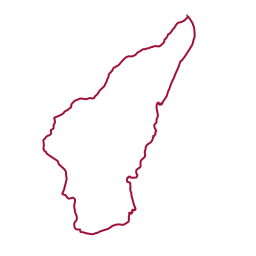 outline of Nga, Oudômxai, Laos, rotated 167°
{"feature_id": "54806243B37529885966132", "entity_name": "Nga", "entity_type": "district", "adm_level": 2, "iso_a3": "LAO", "parent_name": "Laos", "parent_adm1": "Oudômxai", "projection": "albers", "projection_center": [101.853, 20.179], "detail": "fine", "context": "isolated", "style": "outline", "palette": "rose", "viewbox_px": 256, "rotation_deg": 167, "n_neighbors": 0, "source": "geoboundaries", "source_scale": "gbopen_adm2", "svg_char_len": 5755}
<svg xmlns="http://www.w3.org/2000/svg" viewBox="0 0 256 256"><g transform="rotate(167 128 128)"><path d="M89.8,143.6L87.1,146.7L85.5,148.1L83.4,150.1L82.8,150.9L81.9,152.5L80.6,154.7L80.1,155.5L79.4,156.2L78.3,157.7L77.5,159.2L76.2,161.1L74.6,163.4L73.3,164.9L72.8,165.6L71.5,167.2L70.5,168.8L69.3,170.5L65.7,175.2L64.9,176.3L63.3,179.0L62.0,181.1L60.7,181.4L58.4,183.4L57.5,184.0L55.6,185.8L55.0,186.4L54.2,187.1L53.1,188.3L51.9,189.3L50.0,191.2L48.3,193.0L47.1,194.1L46.4,195.1L45.6,196.5L44.3,199.1L42.8,201.3L42.4,202.6L41.8,205.0L41.0,211.1L41.1,212.3L41.4,213.5L41.5,215.4L43.1,220.3L44.4,222.9L44.9,223.5L45.0,222.8L45.2,222.4L45.4,222.2L46.6,221.5L47.3,221.0L47.6,220.8L48.0,220.5L48.8,220.2L50.2,219.7L51.6,219.4L53.8,219.2L55.2,219.3L55.7,219.2L56.6,218.7L57.5,218.0L58.6,217.0L59.5,216.0L60.9,214.7L61.6,214.2L62.1,214.0L63.0,213.4L63.5,212.6L63.9,212.4L65.0,211.3L65.4,211.1L65.8,211.0L66.4,210.5L68.0,210.1L68.4,209.4L69.3,208.2L69.7,207.8L70.3,207.2L70.9,206.9L71.3,206.4L72.2,206.2L72.7,205.5L73.2,204.2L74.4,202.8L74.8,202.5L75.7,202.2L77.4,201.1L78.5,200.7L79.3,200.5L79.6,200.6L80.3,200.9L81.1,201.0L82.0,201.4L83.7,201.8L85.1,201.7L86.2,201.4L86.8,201.6L87.8,201.5L88.9,201.2L89.8,201.2L91.4,201.1L92.0,201.2L92.9,201.0L94.4,201.1L94.7,201.2L95.4,201.3L96.1,201.2L97.0,200.9L98.6,200.2L99.0,200.1L99.6,200.0L101.7,199.3L102.4,199.0L103.1,198.5L104.0,197.7L104.7,197.4L105.2,197.3L106.0,197.1L108.3,196.9L108.5,196.9L110.9,197.7L111.3,197.7L111.6,197.7L112.2,197.6L112.7,197.6L113.4,197.5L114.2,197.2L116.6,195.9L117.5,195.3L117.7,195.1L118.8,194.4L119.7,193.8L120.0,193.5L120.9,192.9L122.0,192.0L122.7,191.6L123.2,191.3L124.7,190.8L125.3,190.7L127.4,190.1L128.4,189.7L129.0,189.3L130.0,188.2L130.3,187.5L130.5,187.4L131.0,187.1L131.4,186.8L131.7,186.7L131.9,186.4L132.5,186.0L133.4,185.6L134.0,185.1L134.3,184.8L134.7,184.3L134.9,183.7L135.3,182.8L135.4,182.6L135.9,181.6L137.1,180.3L137.7,179.3L138.3,178.2L138.5,177.9L140.5,175.6L140.9,175.0L141.4,174.4L142.0,173.9L146.6,171.2L147.2,170.8L150.1,168.0L150.9,167.4L153.0,166.3L153.8,165.5L153.9,165.1L154.2,164.9L155.7,164.7L156.3,164.8L157.2,165.2L157.5,165.5L158.5,165.8L159.2,165.8L161.1,165.5L161.8,165.5L162.4,165.5L164.4,166.2L165.8,166.8L167.5,167.4L168.3,167.4L168.9,167.4L169.9,167.1L173.5,166.6L174.1,166.4L175.0,165.7L176.1,165.1L177.7,163.8L178.2,162.8L178.6,161.4L178.9,161.0L179.3,160.7L180.3,160.4L181.2,160.0L182.5,159.3L183.4,159.0L185.2,158.5L186.1,158.2L186.5,157.9L187.2,157.2L188.2,156.6L189.0,156.3L190.6,155.8L192.4,155.4L197.5,154.6L197.6,154.4L197.6,152.8L197.7,150.9L198.0,149.8L198.5,149.0L199.7,147.7L200.1,146.7L200.4,145.2L200.6,144.6L200.9,144.2L201.9,143.8L203.7,143.2L203.9,142.8L203.9,140.7L204.1,140.1L204.6,139.4L205.4,138.9L206.3,138.6L207.8,138.5L208.3,138.3L209.2,138.0L210.2,137.4L211.1,136.5L211.9,136.1L212.9,135.5L213.2,135.1L213.4,134.4L213.4,133.0L213.6,132.4L213.7,131.5L213.7,130.8L214.1,129.5L215.0,127.2L215.0,126.3L214.7,124.9L214.3,124.0L213.3,123.1L213.1,122.5L213.0,121.6L212.9,121.3L210.1,118.1L204.3,112.1L204.0,111.6L203.8,111.0L203.7,109.3L203.6,108.6L202.7,106.8L202.1,106.5L201.2,104.8L200.2,103.5L198.9,101.3L198.4,99.4L198.6,97.2L198.9,96.5L199.1,94.4L199.1,92.6L199.4,91.8L201.2,88.1L203.1,84.6L203.6,83.3L204.3,82.2L204.8,81.6L206.7,78.9L206.8,78.6L206.6,78.3L206.0,77.8L203.9,76.6L203.7,76.2L203.5,75.2L202.9,74.3L202.4,73.2L201.8,72.6L201.4,72.5L199.3,72.4L198.0,72.5L197.4,72.5L196.9,72.2L196.5,71.7L196.1,71.1L195.8,70.4L195.8,69.6L196.2,68.3L196.8,66.8L197.7,65.1L198.0,64.0L198.5,58.1L198.4,57.1L198.1,55.8L197.9,53.7L198.0,52.2L198.4,50.7L198.8,50.0L201.4,47.8L201.8,47.2L202.0,46.4L202.2,45.6L202.4,43.3L201.5,41.1L200.4,40.5L199.0,40.3L197.7,39.9L197.6,37.4L195.5,36.6L192.2,34.8L191.8,34.4L191.5,34.5L191.1,34.4L189.1,33.3L186.4,32.5L185.0,32.5L183.1,32.8L180.9,32.8L178.0,33.6L170.0,34.2L167.3,35.2L165.3,36.1L162.8,36.4L160.5,36.5L157.7,35.9L155.4,34.9L153.6,34.8L148.7,36.5L148.1,37.6L147.7,38.5L147.1,41.7L146.7,42.3L146.3,43.1L145.9,43.5L145.8,43.8L146.1,44.1L146.1,44.4L145.8,45.1L145.2,45.1L144.6,44.5L144.3,43.9L144.0,43.8L143.8,43.9L143.6,44.1L143.2,44.9L142.7,45.0L142.8,45.9L142.8,46.0L142.6,46.1L142.1,46.3L141.9,46.4L142.0,46.7L142.2,47.1L142.0,47.3L141.7,47.1L141.1,46.8L140.6,46.8L140.1,46.6L139.5,46.6L139.1,47.4L139.2,47.7L139.2,48.0L138.9,47.9L138.9,48.0L138.9,48.9L139.5,51.6L139.5,53.6L139.7,55.5L139.6,57.2L139.8,59.4L139.8,61.2L139.4,64.5L139.7,65.6L139.7,66.5L139.5,67.7L139.5,68.8L139.1,69.1L139.0,69.4L138.8,70.4L138.7,71.2L138.2,74.0L138.3,74.2L139.1,74.8L139.6,75.0L140.8,75.8L140.6,77.6L140.3,78.8L140.0,79.2L139.5,79.3L139.3,79.4L139.0,80.0L138.5,80.2L138.1,80.4L137.4,80.3L136.9,80.1L136.7,79.8L136.6,79.4L136.4,79.1L135.4,78.7L134.7,78.4L133.6,78.3L131.4,77.9L130.7,78.2L130.1,78.9L129.5,79.8L129.5,80.5L129.9,81.3L130.0,82.2L129.9,83.6L129.5,84.8L128.2,85.8L125.0,87.0L124.3,88.0L124.0,89.5L123.7,91.2L123.0,92.9L122.0,93.9L119.4,95.3L118.2,96.1L117.4,97.3L117.3,99.7L116.9,101.5L116.1,102.5L115.5,103.8L115.2,105.1L114.4,106.1L113.5,107.1L112.7,107.6L109.6,108.7L108.7,109.1L107.3,110.4L106.9,111.2L106.2,112.0L106.0,112.6L105.9,113.2L105.7,113.4L105.2,113.5L105.0,113.8L105.0,114.3L105.0,114.5L104.8,114.5L104.1,114.6L102.8,115.8L102.5,116.4L102.4,117.3L102.4,117.6L102.0,118.0L101.4,118.4L101.2,118.6L101.2,118.9L101.5,119.3L101.5,119.6L101.5,120.6L101.9,121.5L102.0,122.6L101.9,124.4L101.7,125.0L101.2,125.6L99.4,126.7L98.8,127.4L98.6,128.7L98.3,129.8L97.7,130.8L96.4,132.5L96.0,133.5L95.8,137.5L95.7,139.8L95.7,140.7L95.4,142.2L95.1,143.4L94.5,144.6L93.8,145.5L93.5,145.5L92.8,146.0L92.6,146.0L92.5,145.9L92.3,145.4L92.5,144.4L92.4,144.3L92.0,144.1L91.5,144.2L91.8,143.7L91.6,143.4L90.9,143.4L90.2,143.7L89.8,143.6Z" fill="none" stroke="#9f1239" stroke-width="2"/></g></svg>